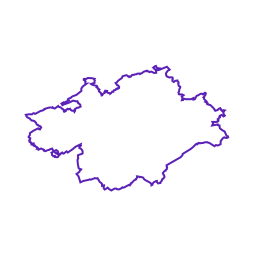 the district of Fermoy Lea-6, Cork, Ireland, rotated 153°
{"feature_id": "5873133B9082097592121", "entity_name": "Fermoy Lea-6", "entity_type": "district", "adm_level": 2, "iso_a3": "IRL", "parent_name": "Ireland", "parent_adm1": "Cork", "projection": "equal_earth", "projection_center": [-8.317, 52.16], "detail": "fine", "context": "isolated", "style": "outline", "palette": "violet", "viewbox_px": 256, "rotation_deg": 153, "n_neighbors": 0, "source": "geoboundaries", "source_scale": "gbopen_adm2", "svg_char_len": 5866}
<svg xmlns="http://www.w3.org/2000/svg" viewBox="0 0 256 256"><g transform="rotate(153 128 128)"><path d="M42.8,75.3L43.3,75.6L43.7,76.7L43.5,81.1L44.9,83.1L46.2,85.8L45.9,87.5L45.3,88.7L46.7,89.8L46.5,90.5L51.9,92.0L49.7,93.8L50.0,94.0L50.0,95.1L46.1,93.1L44.7,93.0L44.5,94.2L43.7,94.2L43.8,95.2L41.2,95.8L40.7,96.7L41.0,97.0L40.7,97.2L38.6,97.1L37.6,94.9L36.1,95.1L36.4,96.9L36.0,98.9L35.0,99.1L34.9,99.8L34.0,99.9L34.7,100.5L36.6,100.8L36.9,102.1L36.6,102.6L36.9,103.9L38.7,103.8L39.9,103.3L42.2,103.7L42.3,104.3L42.6,104.3L42.6,106.0L43.0,107.6L44.2,111.1L45.9,112.5L45.9,113.0L46.6,113.3L46.5,114.0L46.0,114.3L47.2,116.1L46.0,116.2L47.0,118.9L47.0,119.5L46.4,120.4L46.9,121.0L44.0,122.3L43.8,122.9L42.9,123.5L43.4,124.5L46.0,123.9L46.6,125.1L48.0,125.5L50.6,125.3L52.2,125.5L55.4,123.3L56.3,123.4L56.7,123.6L56.2,124.0L56.4,124.7L56.2,125.0L58.6,125.0L63.1,127.2L65.0,128.8L66.2,127.9L67.4,128.3L66.3,129.4L65.8,130.4L65.8,131.6L63.6,132.0L64.7,133.5L66.4,134.2L67.3,135.0L66.9,135.5L67.0,136.6L65.4,138.0L64.8,139.1L62.8,140.7L63.0,141.7L63.7,142.4L63.1,144.7L62.7,144.8L62.2,146.0L62.6,146.9L62.4,147.9L64.6,148.6L66.3,148.2L67.1,149.8L66.5,151.0L65.9,151.2L65.4,152.8L66.9,153.8L68.3,154.3L69.8,156.0L70.1,157.5L69.3,159.5L66.8,160.9L64.4,161.1L65.5,164.9L74.4,165.7L75.7,166.2L75.8,166.7L74.5,166.6L73.1,167.0L74.5,168.0L75.1,169.1L74.9,170.6L76.2,170.8L78.1,170.3L77.6,169.6L77.7,168.3L76.7,167.5L77.8,164.4L79.8,165.2L81.5,167.6L83.6,168.1L84.0,169.2L85.1,169.7L85.0,170.3L85.3,170.6L88.8,171.0L90.1,170.6L92.7,170.6L92.6,171.1L95.0,172.2L96.4,172.1L97.6,172.7L98.5,172.6L100.0,173.4L100.9,173.2L101.7,172.6L102.9,172.6L103.2,172.7L103.0,172.9L103.1,173.3L104.4,173.7L104.7,174.9L105.5,175.8L109.3,176.6L110.6,175.4L115.4,174.6L117.3,173.7L118.6,173.7L118.2,171.0L117.5,170.5L117.2,168.7L117.8,167.7L118.8,167.6L119.1,168.1L120.4,167.7L120.7,168.2L122.0,167.6L123.3,168.0L123.6,167.6L124.5,167.4L124.7,167.0L125.5,167.6L127.0,166.8L128.3,166.6L128.1,167.1L129.9,168.4L130.5,169.7L129.8,170.5L131.3,171.6L132.3,171.0L132.1,170.6L132.3,170.0L135.2,169.7L136.0,168.9L136.7,169.0L136.5,169.7L136.6,170.1L136.2,170.7L136.3,171.6L137.3,173.9L137.1,174.4L136.0,175.1L136.5,176.6L137.0,176.6L137.1,178.0L137.4,178.5L136.6,178.7L136.7,179.8L138.2,180.9L140.7,183.3L141.0,184.0L137.3,183.4L136.6,184.8L136.1,185.2L136.2,186.5L135.4,186.9L137.2,188.5L141.1,190.8L143.1,190.7L144.5,191.6L145.2,191.7L145.6,191.0L144.7,189.6L144.6,188.9L145.1,188.7L145.9,186.7L144.9,186.3L149.1,185.6L150.6,185.0L151.7,184.3L152.7,182.2L159.0,180.9L163.0,181.4L164.2,181.3L164.9,180.9L167.8,181.1L168.5,180.9L168.2,179.5L173.7,179.6L173.8,180.1L176.2,180.0L176.0,178.1L173.2,178.2L173.1,177.9L169.4,177.4L164.5,177.3L162.1,175.3L160.9,174.8L161.1,173.9L160.8,173.0L161.1,172.6L160.4,171.6L160.0,170.5L160.5,168.6L163.2,168.6L164.1,169.2L166.8,168.9L167.1,168.8L167.0,168.1L167.3,167.4L168.4,166.7L168.4,167.8L170.2,169.0L170.9,170.5L170.9,171.5L172.8,171.7L173.1,172.5L175.4,172.2L175.7,171.4L177.5,171.4L177.6,172.0L177.0,173.3L177.3,173.6L177.5,174.6L178.0,175.0L178.6,176.9L180.1,178.3L180.2,179.3L184.4,178.6L185.4,179.5L185.7,180.7L186.5,180.5L187.5,181.4L189.4,182.1L192.7,182.7L194.2,182.5L194.2,182.8L196.2,182.3L197.9,182.9L204.0,182.7L204.7,183.1L204.8,183.6L205.3,184.0L206.1,184.1L207.5,183.8L209.8,185.1L212.9,186.1L212.8,185.4L213.2,184.8L212.8,183.1L211.1,180.9L211.1,179.9L210.1,178.0L209.5,177.9L208.1,176.5L208.0,175.4L207.6,174.8L207.7,172.7L207.0,171.3L206.6,171.2L206.4,170.4L205.3,169.3L205.4,168.5L205.1,168.0L207.0,166.7L207.8,167.2L207.8,168.1L208.2,168.5L213.5,168.5L217.7,168.0L218.7,166.2L220.5,165.3L220.7,164.7L219.7,163.2L220.7,162.1L221.5,161.9L221.3,161.4L221.9,160.9L222.0,160.2L221.0,159.2L221.2,158.7L220.9,158.4L221.3,158.0L221.0,157.5L221.2,157.2L219.6,157.1L220.0,156.4L219.3,156.4L219.8,155.4L219.5,155.3L219.6,154.5L218.9,154.6L218.3,152.2L217.9,152.3L217.4,151.4L217.8,150.7L218.1,150.6L217.4,150.2L217.6,149.3L214.8,149.2L212.8,146.8L213.3,146.1L212.3,144.9L210.3,144.8L208.1,144.3L207.2,144.5L204.9,144.1L205.0,142.5L204.7,140.9L202.0,141.0L201.1,139.2L201.2,138.6L201.7,138.5L201.5,136.7L202.6,136.6L204.2,139.3L204.7,140.9L207.4,140.7L207.3,139.9L207.9,138.3L207.5,137.7L207.4,136.7L205.8,136.3L206.2,135.3L204.4,134.1L203.5,134.0L201.7,135.2L200.6,135.2L200.7,135.8L197.7,136.0L197.4,134.6L196.9,134.4L193.3,135.1L192.8,133.5L186.6,134.3L183.4,135.1L177.4,135.0L177.9,134.4L177.9,133.7L180.0,133.2L180.4,132.1L179.5,131.1L179.0,129.8L179.0,128.0L179.9,126.1L180.6,125.9L184.8,126.5L185.7,125.2L186.0,123.7L187.5,122.5L189.1,118.5L190.2,114.6L189.9,113.9L188.5,112.4L189.0,112.1L190.3,111.9L191.2,111.0L194.7,110.4L194.0,107.3L195.1,101.2L191.9,101.1L186.2,99.6L185.5,99.7L184.5,98.8L180.3,98.4L179.1,97.4L177.9,97.1L177.7,92.9L176.5,90.3L177.4,88.2L175.4,87.9L175.5,87.4L176.4,86.6L176.9,85.5L177.0,85.0L176.6,83.7L173.2,84.1L172.6,82.2L171.2,79.9L167.5,80.1L166.0,79.4L165.7,78.6L164.0,77.4L161.2,77.3L160.0,77.7L159.8,77.2L158.6,76.8L153.1,76.9L152.5,76.7L152.4,76.4L152.1,76.7L151.6,76.4L151.0,76.7L150.5,77.5L149.5,77.4L146.6,78.5L144.9,78.5L144.5,78.9L144.1,78.6L142.1,80.0L141.9,80.8L140.5,79.9L140.0,78.9L139.1,78.8L137.2,77.2L136.9,76.1L137.0,75.5L136.5,74.2L132.9,68.9L132.7,67.1L133.1,66.3L132.0,66.3L131.3,67.2L129.9,67.9L127.2,68.0L126.3,67.7L126.8,66.8L126.3,65.0L124.1,64.3L123.6,65.1L121.9,65.6L120.7,66.9L119.3,66.8L118.8,67.4L117.7,67.8L117.4,68.8L117.3,69.8L117.6,70.4L117.4,72.0L115.8,72.8L114.5,73.1L113.9,72.9L113.4,73.5L112.1,73.7L111.7,74.5L111.1,75.0L110.9,75.7L111.1,76.0L110.5,77.3L94.1,78.1L91.5,79.3L91.0,80.1L81.9,80.8L78.2,81.6L75.1,82.7L73.6,82.7L73.6,82.1L71.6,82.6L70.9,81.6L69.6,81.4L68.1,80.6L66.4,80.5L63.9,79.4L63.2,78.4L62.5,78.1L59.2,72.5L57.4,72.9L55.9,71.6L52.9,71.5L51.3,74.3L48.0,75.9L46.4,76.0L45.9,75.1L44.5,74.3L43.0,74.2L42.8,75.3Z" fill="none" stroke="#5b21b6" stroke-width="2"/></g></svg>